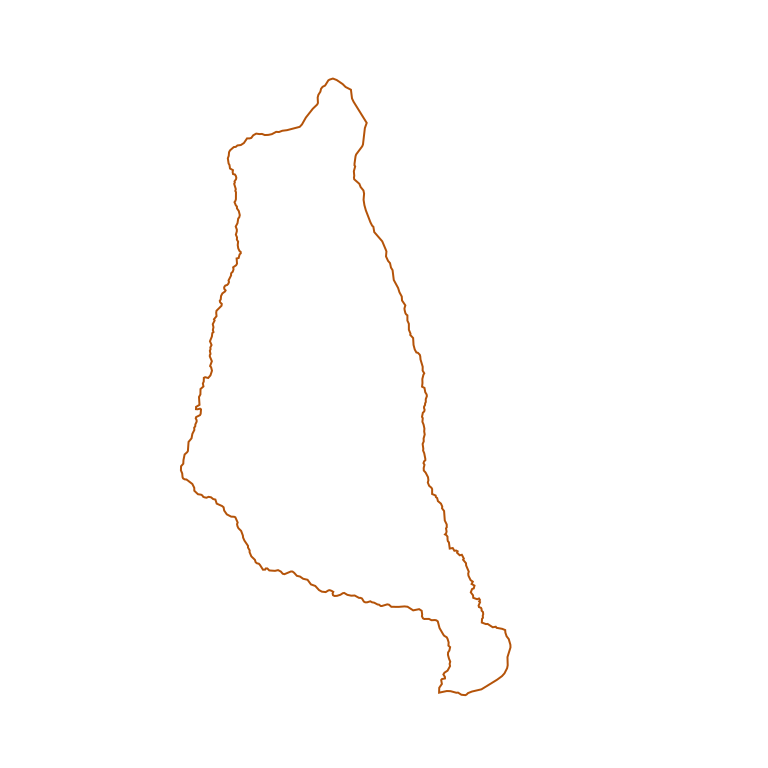 outline of Santa Rita do Pardo, Mato Grosso do Sul, Brazil, rotated 31°
{"feature_id": "56859067B17478005205840", "entity_name": "Santa Rita do Pardo", "entity_type": "district", "adm_level": 2, "iso_a3": "BRA", "parent_name": "Brazil", "parent_adm1": "Mato Grosso do Sul", "projection": "orthographic", "projection_center": [-52.737, -21.229], "detail": "fine", "context": "isolated", "style": "outline", "palette": "amber", "viewbox_px": 768, "rotation_deg": 31, "n_neighbors": 0, "source": "geoboundaries", "source_scale": "gbopen_adm2", "svg_char_len": 6165}
<svg xmlns="http://www.w3.org/2000/svg" viewBox="0 0 768 768"><g transform="rotate(31 384 384)"><path d="M614.6,532.5L611.4,533.0L606.1,535.0L604.8,534.5L602.5,536.5L596.4,536.3L595.0,537.3L590.7,538.1L589.0,534.9L589.2,533.4L588.0,531.8L587.6,530.2L586.3,528.5L584.4,528.0L583.5,526.6L582.4,525.9L580.3,526.3L579.2,525.2L578.7,521.5L577.5,521.3L577.5,519.7L575.9,518.9L574.7,520.5L570.6,521.3L569.2,519.3L565.7,517.9L565.1,514.4L566.2,513.0L565.4,510.2L562.1,510.3L561.9,507.7L559.2,507.5L555.1,504.8L553.8,503.1L553.3,501.2L547.8,497.2L546.6,495.4L542.3,493.9L542.4,492.6L538.7,490.3L537.1,491.8L533.5,491.0L533.3,489.5L531.6,489.6L530.2,490.7L527.4,489.2L525.1,491.2L521.2,486.3L519.8,485.9L518.8,484.9L517.0,482.1L515.2,481.4L513.8,481.5L514.1,479.8L513.6,478.2L511.5,475.8L511.6,474.5L510.1,472.1L506.4,469.7L500.9,461.9L497.8,460.7L497.0,459.0L494.4,457.2L490.5,456.6L488.3,454.4L486.7,454.2L485.7,453.0L481.9,453.5L479.4,449.3L478.1,448.5L475.1,448.0L472.3,445.9L471.6,443.6L469.7,441.2L465.3,438.5L462.7,437.7L461.3,435.6L460.3,432.4L458.6,431.5L458.2,429.6L458.7,428.1L457.9,426.8L454.1,422.6L451.8,420.9L451.0,419.2L448.0,415.5L447.6,412.7L446.0,410.3L444.9,406.3L442.9,404.0L441.6,401.4L438.8,398.4L436.4,396.6L434.8,393.3L433.5,392.6L432.1,388.6L432.6,386.8L432.1,385.2L430.6,383.9L430.0,382.7L430.0,380.9L429.2,379.4L429.1,377.9L427.6,375.5L427.0,372.3L425.9,371.0L423.6,369.8L420.7,366.5L418.0,366.7L416.5,363.4L414.3,360.0L413.0,355.7L413.0,354.1L410.2,352.6L408.3,349.3L402.7,344.2L400.8,341.6L399.6,340.5L397.0,339.8L395.5,340.3L392.6,338.6L389.2,335.3L385.3,329.6L381.2,328.4L380.8,327.2L377.4,324.7L374.3,319.6L371.4,317.6L368.7,313.1L367.1,312.9L365.8,312.2L363.5,309.9L362.6,308.7L361.8,305.6L356.4,303.1L354.2,299.9L350.0,297.4L346.6,294.4L338.8,289.8L332.7,282.0L330.0,280.6L326.9,277.3L324.1,276.4L320.0,273.6L317.8,269.1L316.0,267.7L309.0,262.6L297.4,258.8L293.9,254.7L292.3,254.4L289.1,252.4L279.0,244.5L275.1,240.8L271.6,236.6L268.9,231.1L266.7,228.7L262.5,227.2L259.8,225.1L253.1,223.9L251.9,222.5L251.3,220.9L248.6,217.2L247.2,212.3L246.1,211.8L245.2,210.2L242.3,203.4L241.9,201.6L242.9,191.5L242.6,189.5L235.8,174.5L234.7,169.1L212.5,157.7L209.5,155.7L204.1,148.8L198.1,149.2L194.1,148.2L186.9,147.8L182.9,148.5L180.6,151.1L179.9,152.4L179.8,158.5L178.3,160.9L178.0,163.4L178.9,166.2L178.8,169.9L179.6,172.6L182.6,177.1L182.8,178.8L181.2,184.7L179.8,195.9L180.0,203.8L179.3,207.0L170.1,216.4L166.4,219.3L164.2,222.1L161.7,223.4L159.2,227.6L156.6,230.0L153.6,232.0L150.6,232.5L148.6,233.9L145.5,235.2L143.8,238.2L143.5,241.4L142.3,242.7L140.1,244.0L139.8,249.6L138.2,252.9L135.5,255.0L134.8,257.1L133.2,258.3L131.7,263.0L131.8,265.1L133.4,268.4L133.9,271.0L137.3,275.1L138.7,275.8L141.0,278.6L144.4,278.5L145.1,280.3L146.5,281.8L148.3,281.2L149.9,282.0L151.2,283.3L151.7,284.7L151.5,287.3L152.4,288.2L152.5,289.6L156.6,293.3L157.1,295.1L158.3,295.8L161.9,301.9L162.3,303.6L162.2,305.1L165.0,307.2L166.5,307.6L167.5,309.2L170.4,310.5L173.4,313.5L174.1,315.8L173.8,317.2L175.6,321.6L175.8,325.4L178.3,327.4L179.2,328.9L180.1,332.3L182.5,334.0L183.5,336.0L185.6,337.1L187.1,340.3L189.2,342.8L191.6,344.4L193.1,344.6L193.9,345.7L193.5,347.3L194.5,350.9L193.0,352.3L196.0,356.5L196.1,358.3L194.6,361.7L195.9,363.1L196.3,364.6L196.5,365.9L196.0,367.2L196.2,368.5L197.0,369.6L197.4,375.3L198.6,376.4L198.9,378.4L198.5,380.0L197.3,381.3L197.1,382.7L197.4,383.9L198.4,384.9L200.0,385.3L200.1,386.5L198.8,389.6L199.0,392.5L200.5,395.6L200.4,397.3L201.5,398.4L203.7,398.9L204.4,400.6L202.7,407.5L203.5,409.4L205.5,412.1L204.9,416.1L206.1,416.8L206.4,420.9L208.6,423.2L209.5,425.9L211.1,427.3L210.6,428.8L212.0,431.9L212.8,437.0L216.1,439.4L216.3,442.1L217.4,443.5L217.6,445.2L219.8,447.6L219.8,448.9L220.5,450.1L224.7,453.1L225.7,458.2L227.2,458.7L229.7,461.2L230.8,466.0L230.2,469.4L227.2,470.3L226.4,471.5L228.2,474.7L228.5,476.9L230.5,479.1L229.3,482.8L232.0,487.5L232.1,490.4L236.6,496.9L234.7,500.4L235.8,502.4L237.2,501.7L239.0,499.9L240.2,500.0L242.2,504.0L242.3,505.5L240.0,509.1L240.3,510.4L242.0,511.5L242.8,512.8L243.1,515.8L244.0,517.5L243.8,519.2L245.1,521.1L245.4,525.4L247.0,529.7L246.3,534.3L250.4,542.4L250.4,543.8L249.4,547.1L251.3,552.5L253.0,555.7L252.4,559.0L254.4,562.6L257.1,564.6L259.3,567.6L260.4,568.4L262.2,568.4L263.9,567.6L271.2,568.4L274.8,570.7L276.4,573.2L281.3,574.3L284.2,573.1L285.7,573.1L287.1,573.8L288.5,573.6L290.4,572.9L291.7,571.1L294.1,570.2L296.8,570.6L299.0,569.9L302.2,572.7L308.1,572.0L310.0,572.3L312.2,574.8L316.4,576.7L321.3,576.4L323.9,575.0L325.2,574.8L329.9,578.1L330.2,579.8L331.7,581.4L333.5,582.6L337.2,583.5L341.1,586.6L342.3,588.2L345.0,590.1L350.8,592.8L351.6,594.2L354.5,595.8L355.4,597.4L359.1,600.1L363.9,601.2L365.8,602.9L367.5,603.1L369.3,602.5L370.9,603.0L375.9,605.5L377.7,604.3L377.7,603.0L379.0,602.2L381.7,602.9L386.8,600.3L389.1,598.1L392.2,597.9L394.9,598.8L396.6,598.3L400.8,592.6L402.2,591.9L404.2,592.1L408.1,593.3L411.2,592.3L415.0,592.6L419.3,591.2L424.6,593.4L429.1,592.5L434.4,594.1L437.7,594.0L441.2,592.4L442.7,589.5L443.6,588.7L445.6,588.3L447.6,588.3L447.8,590.0L449.1,591.3L450.7,591.2L452.8,589.8L455.2,587.1L456.4,584.6L457.5,583.6L461.2,583.6L465.0,582.3L467.8,580.4L472.7,580.2L474.1,579.4L475.6,579.2L478.8,580.9L480.4,580.8L481.9,579.9L484.2,577.3L486.1,577.3L488.2,576.5L492.0,576.3L493.5,575.7L495.4,576.0L496.5,575.4L500.3,571.2L502.0,570.6L505.0,571.2L511.2,567.6L516.1,564.1L518.9,562.8L525.6,563.0L530.1,558.9L533.1,559.0L535.5,562.0L536.1,563.5L538.1,564.8L539.5,564.7L543.5,562.2L546.4,562.0L549.2,560.1L550.7,559.6L552.4,559.8L557.3,564.6L564.0,568.3L565.3,568.8L568.2,568.8L569.7,569.7L572.5,572.2L574.0,575.1L576.2,575.5L577.3,578.8L577.2,581.1L578.3,583.2L581.2,586.0L583.8,587.9L584.4,590.1L585.9,591.8L586.1,597.0L584.5,600.3L584.5,602.4L587.1,603.7L587.9,605.0L585.7,607.0L585.5,608.3L588.1,611.3L587.8,615.9L590.2,620.2L596.0,614.8L599.3,613.0L605.0,611.4L606.4,610.4L610.4,610.5L614.0,608.8L614.7,607.7L615.2,605.7L617.8,602.3L624.8,595.5L633.3,579.1L635.6,573.6L636.3,570.0L635.9,564.2L634.9,561.4L630.5,554.5L628.1,544.7L626.7,542.5L622.3,538.4L619.0,537.1L616.1,534.6L614.6,532.5Z" fill="none" stroke="#b45309" stroke-width="2"/></g></svg>